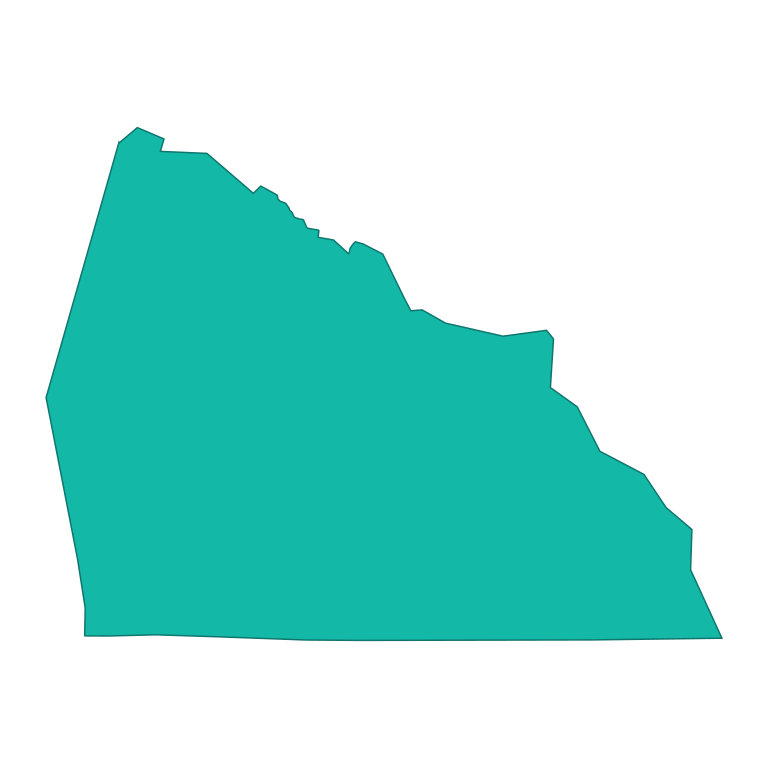 the district of Rowan, North Carolina, United States of America
{"feature_id": "52423323B48930759923162", "entity_name": "Rowan", "entity_type": "district", "adm_level": 2, "iso_a3": "USA", "parent_name": "United States of America", "parent_adm1": "North Carolina", "projection": "natural_earth1", "projection_center": [-80.524, 35.683], "detail": "fine", "context": "isolated", "style": "filled", "palette": "teal", "viewbox_px": 768, "rotation_deg": 0, "n_neighbors": 0, "source": "geoboundaries", "source_scale": "gbopen_adm2", "svg_char_len": 1003}
<svg xmlns="http://www.w3.org/2000/svg" viewBox="0 0 768 768"><path d="M721.9,638.2L690.6,569.8L691.9,529.5L666.1,507.6L643.9,474.4L599.9,451.3L577.3,406.9L550.4,387.6L553.5,339.0L553.1,338.5L546.5,330.3L502.9,336.2L445.4,323.1L422.2,309.9L410.9,310.8L404.5,298.7L382.8,254.1L363.2,244.0L355.4,241.8L352.9,244.3L350.0,248.4L349.5,251.7L348.5,253.7L333.5,240.0L318.1,237.3L318.9,230.7L318.5,230.1L307.4,228.2L306.3,226.7L305.4,224.3L304.5,222.6L303.7,220.3L303.4,219.9L302.7,219.5L301.2,219.2L299.6,219.2L297.8,218.3L295.8,217.9L294.7,217.4L293.6,216.1L292.2,212.7L289.6,210.0L289.0,208.1L286.0,203.7L285.2,203.1L279.8,201.0L277.9,198.8L277.3,195.5L276.5,194.7L260.8,186.1L253.3,193.3L206.9,153.4L160.4,151.4L164.0,139.0L137.3,127.6L119.0,143.1L119.0,142.9L118.9,142.6L116.4,151.3L106.2,187.1L46.1,397.6L77.6,559.4L85.2,607.9L84.7,635.8L88.4,635.9L108.5,636.0L155.8,634.8L221.3,636.9L231.9,637.3L306.2,640.0L360.8,640.4L592.3,639.9L721.9,638.2Z" fill="#14b8a6" stroke="#0f766e" stroke-width="1.5"/></svg>